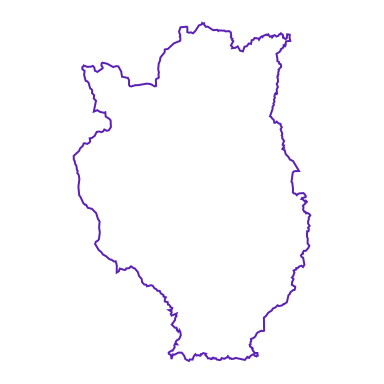 outline of Mandritsara, Sofia, Madagascar
{"feature_id": "10022922B13687974105922", "entity_name": "Mandritsara", "entity_type": "district", "adm_level": 2, "iso_a3": "MDG", "parent_name": "Madagascar", "parent_adm1": "Sofia", "projection": "robinson", "projection_center": [48.852, -16.049], "detail": "fine", "context": "isolated", "style": "outline", "palette": "violet", "viewbox_px": 384, "rotation_deg": 0, "n_neighbors": 0, "source": "geoboundaries", "source_scale": "gbopen_adm2", "svg_char_len": 5888}
<svg xmlns="http://www.w3.org/2000/svg" viewBox="0 0 384 384"><path d="M266.3,34.6L263.0,36.0L262.5,37.1L261.6,36.5L260.5,37.2L259.0,39.7L258.3,38.5L254.5,38.0L253.4,39.8L251.7,40.2L251.0,43.9L248.8,43.5L246.7,46.3L244.5,46.7L242.9,51.4L240.1,50.7L237.7,46.4L235.4,47.8L232.2,48.2L232.7,47.2L230.9,45.5L233.3,41.2L232.2,40.2L232.5,39.0L231.5,38.7L231.3,37.1L230.8,36.8L231.2,35.7L230.8,32.4L229.0,31.1L225.5,31.4L224.5,30.7L219.1,30.4L218.3,31.0L217.4,29.8L213.2,30.2L207.7,26.6L205.8,26.8L204.5,25.2L204.0,23.3L203.2,23.7L202.2,23.0L201.9,24.3L198.9,25.4L195.3,31.0L193.0,33.3L191.1,32.4L188.7,32.7L187.3,32.1L187.4,27.6L186.9,26.7L180.5,27.3L179.0,31.7L180.3,35.5L179.7,36.7L180.4,38.1L180.2,40.8L173.8,43.4L167.9,48.9L164.8,49.5L164.6,52.3L160.4,57.5L160.0,60.5L158.7,63.9L158.2,69.2L158.9,72.7L158.5,74.2L158.8,77.4L158.4,78.1L156.6,78.7L155.8,79.8L156.1,85.2L155.9,86.1L154.8,86.4L150.6,84.1L146.9,83.6L138.0,85.2L135.6,85.1L131.5,86.4L129.7,86.1L129.0,84.7L129.1,80.4L128.0,78.0L122.0,76.7L121.2,71.5L118.4,66.5L116.7,66.1L113.1,67.0L107.1,63.7L102.4,62.7L101.6,63.5L101.4,65.5L102.6,67.2L102.6,68.3L97.4,71.9L94.9,70.7L94.3,67.5L92.8,65.9L91.1,66.6L87.4,66.9L83.7,65.5L83.3,66.5L82.3,67.2L82.3,69.1L84.6,70.9L84.1,74.9L85.7,80.9L87.2,81.3L88.6,82.8L90.2,88.5L91.5,89.2L92.2,90.5L92.0,93.0L94.1,95.2L93.8,98.5L96.0,100.7L93.8,111.6L97.4,110.2L100.0,111.9L104.2,112.8L105.3,112.3L105.7,116.6L109.1,118.7L110.6,120.3L110.9,127.1L108.8,130.3L106.7,130.8L104.3,129.5L103.2,131.3L101.6,132.1L99.1,131.5L96.7,131.9L94.6,136.0L91.6,138.1L89.7,138.3L90.2,141.1L89.5,142.5L87.2,143.9L84.5,143.2L83.6,143.5L82.9,145.8L80.0,148.5L79.2,150.8L73.7,155.9L73.8,159.6L74.8,161.4L75.2,163.9L76.4,165.9L76.9,169.8L77.7,170.9L77.3,173.0L78.7,174.9L79.4,179.0L78.4,186.6L79.2,195.2L80.6,197.2L83.3,203.1L84.8,204.6L86.0,204.7L87.8,207.8L91.9,208.8L96.2,213.2L97.9,218.8L99.6,221.5L99.1,227.4L99.8,232.4L99.0,239.0L98.1,240.5L95.8,241.8L95.1,244.0L98.8,250.1L101.4,252.2L102.8,254.4L106.2,256.3L109.4,259.2L111.8,259.9L114.0,261.5L115.7,261.3L116.8,265.4L116.7,272.5L118.8,271.3L119.8,268.6L124.7,270.0L125.4,269.9L126.3,268.4L129.2,268.2L131.0,266.3L133.6,268.2L134.8,268.4L137.9,272.2L139.1,276.1L141.7,279.0L142.1,282.2L144.1,284.4L146.3,284.8L147.0,286.3L151.0,285.2L152.7,285.7L154.5,288.4L156.2,289.1L157.4,290.8L159.7,290.9L160.7,293.3L163.5,295.1L163.5,296.6L165.8,297.3L164.8,299.4L164.8,301.5L167.7,302.1L167.9,304.5L169.0,304.7L170.2,306.2L170.4,307.2L172.2,307.9L171.6,309.8L169.0,310.1L171.6,311.7L171.7,312.6L170.8,313.9L171.6,315.6L176.6,313.5L175.9,315.3L176.5,315.9L175.2,318.0L175.0,320.1L171.7,324.6L175.0,327.8L176.5,327.7L177.0,328.9L176.8,330.1L178.3,331.7L179.3,330.0L180.4,332.2L180.8,335.3L179.1,339.1L177.1,340.1L175.7,341.7L175.7,342.7L177.0,344.3L174.9,344.1L174.3,345.5L174.7,347.2L172.6,350.7L171.6,350.6L168.7,352.5L168.8,353.8L171.0,355.1L171.5,359.1L172.9,354.4L174.6,354.7L178.5,352.6L181.8,352.7L184.2,355.8L185.4,359.1L188.9,361.0L189.8,359.4L192.6,359.6L193.7,356.5L195.4,354.2L196.7,355.5L198.1,355.1L200.1,355.8L200.6,355.6L200.8,354.2L201.6,354.3L203.2,353.1L206.1,353.8L205.4,355.1L207.0,356.6L207.9,358.3L209.6,358.3L211.1,359.2L211.9,359.0L212.4,357.8L213.7,357.7L214.3,358.6L215.8,358.2L216.8,359.5L219.9,360.1L221.0,359.6L221.6,358.1L224.3,358.8L227.1,357.3L227.9,356.2L229.7,358.5L230.8,358.2L231.5,359.0L234.1,358.7L235.4,357.9L244.9,359.9L247.3,356.9L247.7,356.8L248.2,357.8L249.1,357.9L250.7,355.7L253.2,354.3L254.1,354.1L254.4,355.5L256.5,356.4L257.0,355.5L257.7,355.6L257.4,353.0L254.8,353.0L252.7,350.3L252.7,348.8L252.0,348.6L252.3,347.8L250.0,346.5L249.7,344.7L250.6,344.4L250.5,342.2L251.3,340.8L250.9,339.0L253.7,337.9L255.4,336.3L256.8,333.3L258.4,332.1L261.4,330.7L262.8,331.1L264.1,330.7L263.9,317.6L265.8,316.2L268.3,312.7L271.7,310.5L272.9,308.5L275.2,307.6L277.6,305.3L279.0,306.1L282.1,305.4L283.5,304.0L284.0,304.2L286.9,302.2L288.5,295.1L289.8,294.0L290.3,292.3L293.3,290.0L294.5,290.0L295.0,288.6L295.2,286.7L291.8,284.8L292.2,281.8L293.5,279.0L291.9,277.5L293.1,276.3L294.4,272.5L293.6,270.5L296.3,269.4L296.2,268.1L298.1,267.8L299.0,266.6L301.5,265.7L303.0,267.0L304.4,264.7L303.1,257.7L301.7,257.0L300.9,255.5L302.0,254.1L303.1,253.7L302.8,252.6L303.8,250.8L305.7,250.9L308.4,247.9L309.3,245.6L307.6,243.5L307.7,238.4L307.0,236.7L307.1,231.3L308.5,231.2L308.9,229.0L308.0,227.8L309.6,225.9L308.1,223.6L308.1,221.1L308.8,219.6L308.8,217.2L310.3,215.5L309.7,214.4L307.8,213.1L306.0,213.4L305.5,211.8L304.4,211.9L303.1,209.7L303.5,207.2L302.9,205.8L306.9,201.8L305.7,200.6L304.8,201.4L302.6,199.2L301.5,199.1L301.9,198.1L305.6,197.1L305.8,196.1L304.7,194.3L303.5,193.1L299.3,193.4L297.9,194.0L296.8,195.2L295.3,193.6L293.9,193.4L292.9,192.5L293.0,188.9L292.3,182.8L291.5,182.0L292.7,172.9L293.5,171.7L294.6,171.2L299.0,171.0L293.0,161.0L289.8,159.5L288.8,157.4L285.6,154.0L284.8,150.4L282.4,149.0L283.2,147.8L284.0,147.8L283.6,146.1L284.0,145.4L282.7,144.9L282.6,144.4L284.1,141.0L282.2,138.2L282.3,136.5L281.7,135.5L282.3,133.7L280.6,129.3L281.8,127.2L280.7,125.4L280.5,123.9L278.6,123.4L276.7,121.6L275.5,122.7L274.4,122.8L273.6,119.7L271.8,118.1L271.3,117.0L270.0,116.4L272.6,108.8L272.6,106.6L273.9,105.0L273.4,103.5L274.5,101.6L273.9,99.9L274.9,97.6L274.4,96.6L274.9,94.1L275.5,93.3L276.5,94.1L277.0,93.8L276.7,89.3L277.9,87.1L276.7,84.0L278.0,81.8L277.9,78.9L277.3,77.2L277.9,76.3L277.6,75.3L278.4,74.5L278.2,72.2L278.9,70.8L278.5,69.7L281.2,66.8L280.8,64.3L279.1,63.6L279.1,62.1L277.3,61.0L277.4,58.8L276.5,53.8L279.4,52.0L280.7,50.4L280.8,49.2L282.8,48.0L283.6,46.3L285.2,46.3L285.6,45.0L284.5,44.7L285.5,44.1L286.1,41.3L290.3,40.9L289.6,38.2L289.7,34.7L287.2,34.3L286.8,38.1L285.8,39.0L284.2,38.4L284.0,37.7L283.0,37.6L283.0,35.2L281.0,33.4L280.6,34.3L279.4,34.2L278.2,35.9L276.4,36.5L274.8,35.2L274.0,35.3L272.2,37.3L271.9,36.0L270.0,36.8L268.2,34.3L267.2,35.2L266.3,34.6Z" fill="none" stroke="#5b21b6" stroke-width="2"/></svg>